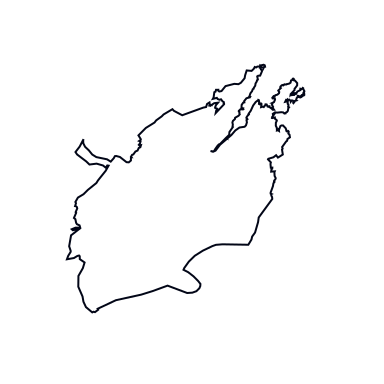 outline of Råde nor, Østfold, Norway, rotated 156°
{"feature_id": "86288312B77346500929668", "entity_name": "Råde nor", "entity_type": "district", "adm_level": 2, "iso_a3": "NOR", "parent_name": "Norway", "parent_adm1": "Østfold", "projection": "robinson", "projection_center": [10.836, 59.347], "detail": "fine", "context": "isolated", "style": "outline", "palette": "ink", "viewbox_px": 384, "rotation_deg": 156, "n_neighbors": 0, "source": "geoboundaries", "source_scale": "gbopen_adm2", "svg_char_len": 5931}
<svg xmlns="http://www.w3.org/2000/svg" viewBox="0 0 384 384"><g transform="rotate(156 192 192)"><path d="M91.4,196.4L85.4,199.9L84.3,200.1L83.2,201.6L80.3,202.1L79.6,204.7L80.2,206.2L79.1,207.8L79.3,208.6L80.6,208.7L81.0,209.6L80.6,210.3L80.5,212.2L81.8,215.8L83.3,216.4L84.4,216.3L87.4,213.3L87.7,212.4L88.3,213.4L89.3,213.6L88.5,214.6L89.0,214.7L88.4,216.2L88.5,218.4L87.2,221.2L85.5,222.6L85.4,223.1L86.4,225.2L86.0,226.4L88.4,226.8L88.7,227.0L88.3,227.4L88.4,227.8L85.3,229.6L86.5,230.0L86.4,230.5L83.7,231.0L82.0,229.9L78.0,228.6L76.3,227.6L75.7,226.1L74.6,225.8L74.4,226.3L72.5,226.5L71.4,227.2L69.9,229.4L68.9,229.9L69.5,230.8L68.6,232.0L68.3,232.9L68.7,233.4L68.5,234.3L67.5,236.0L70.2,236.5L68.6,237.9L68.1,237.4L67.1,237.8L67.0,236.9L65.6,236.9L64.9,235.4L65.1,234.3L63.7,235.1L62.8,234.6L62.4,233.9L63.3,232.3L63.2,231.9L61.8,232.6L61.4,233.4L59.5,233.2L59.7,233.5L58.1,235.3L57.1,235.7L56.3,236.9L55.4,236.3L55.7,235.2L54.6,234.3L53.9,234.3L54.1,234.8L53.4,235.4L52.5,235.0L52.2,235.8L51.2,235.4L50.8,234.7L50.4,234.8L50.6,235.4L51.6,235.8L50.0,236.6L49.5,236.2L49.4,236.5L50.0,236.7L49.8,237.4L48.3,238.4L48.5,240.9L48.2,241.6L48.5,242.0L49.2,241.4L50.5,241.5L51.4,241.0L50.6,242.0L51.0,242.3L51.8,241.0L54.9,240.9L57.0,239.3L57.4,239.4L56.9,240.2L58.0,240.3L59.1,239.1L60.2,239.5L59.9,241.1L58.8,241.1L59.6,241.7L61.7,240.0L62.2,240.3L61.3,240.9L62.5,240.5L62.0,241.3L56.9,243.4L56.4,244.5L52.6,246.6L51.6,248.7L52.6,251.9L53.4,252.5L53.0,253.7L53.2,254.3L53.9,254.5L55.0,253.5L56.2,253.6L57.5,251.8L59.0,251.5L61.5,251.9L62.2,252.4L61.9,252.1L62.4,251.9L63.6,252.7L65.2,252.2L65.6,252.5L65.3,252.8L66.6,253.0L68.4,252.3L68.9,251.5L68.6,250.8L71.9,249.6L71.8,248.8L72.6,248.5L71.7,248.4L71.6,247.9L72.4,246.8L74.5,246.2L76.5,246.5L77.6,245.8L78.4,246.4L80.3,245.4L80.3,244.7L78.3,243.8L78.6,242.6L80.5,240.8L82.6,240.7L82.2,240.4L83.5,239.2L83.3,236.7L84.1,236.1L83.6,233.8L84.8,234.3L85.1,235.0L84.9,236.5L85.7,236.4L86.7,238.1L86.0,239.7L86.9,238.3L88.2,239.3L88.2,241.6L89.1,242.2L88.8,242.5L89.1,242.4L89.6,241.6L91.9,240.4L92.4,241.1L94.4,241.4L92.7,244.1L92.7,245.0L92.1,245.2L94.4,244.5L95.0,245.2L93.8,247.5L93.6,248.8L93.9,249.1L94.4,248.3L95.0,248.8L97.2,248.3L100.9,246.2L105.3,242.3L108.4,240.5L108.4,239.7L109.0,239.4L108.7,239.1L109.5,239.5L111.9,238.0L112.2,237.6L111.8,236.6L112.1,236.3L111.9,235.9L113.0,235.5L113.5,233.3L115.6,230.9L117.4,230.2L122.4,231.6L127.4,230.6L132.9,228.0L147.1,223.8L153.7,220.2L156.4,220.2L158.4,221.9L156.2,220.5L154.3,220.5L154.4,221.0L153.3,221.8L149.6,224.0L147.7,224.6L147.2,224.3L139.2,227.5L138.8,227.1L138.9,227.6L133.7,229.5L134.3,229.4L134.4,229.8L133.4,231.6L128.3,234.7L128.5,235.1L127.3,236.9L126.8,239.1L125.7,240.3L123.1,241.2L122.4,242.3L118.5,242.7L116.8,243.5L116.7,244.7L116.1,245.7L116.5,246.5L116.2,247.1L114.2,247.8L111.6,246.7L111.5,245.8L111.4,246.8L113.6,247.7L112.5,248.6L111.9,247.5L111.4,247.8L112.6,248.7L111.2,251.4L108.9,252.8L106.8,252.4L107.8,252.8L107.4,253.8L104.1,255.5L101.0,255.0L101.1,255.6L100.2,255.6L100.5,256.2L98.5,258.4L96.1,259.7L94.7,261.2L93.6,261.3L93.2,262.0L91.0,263.4L89.8,265.3L87.9,266.6L87.2,267.6L86.1,267.9L85.4,271.1L84.3,271.3L82.4,270.6L79.0,273.8L78.5,274.9L79.2,275.8L79.1,277.5L78.7,278.0L78.1,278.1L78.1,277.7L76.4,276.9L76.5,275.9L75.3,276.9L74.3,276.7L74.0,278.1L74.8,279.1L76.7,279.5L78.5,279.0L78.0,279.7L78.2,280.0L79.0,279.1L81.3,280.0L82.8,279.7L83.8,280.7L85.5,279.4L88.3,278.4L92.6,280.8L96.0,277.0L97.7,274.5L102.9,271.9L105.7,271.6L109.4,273.6L118.3,275.1L124.0,272.2L126.2,272.7L126.8,273.9L126.4,274.7L128.5,275.6L129.7,274.1L131.0,274.1L133.8,269.6L135.1,268.6L131.0,267.9L130.8,266.6L129.4,265.1L127.8,264.9L127.2,262.3L126.4,261.3L126.7,259.9L127.1,259.8L127.1,259.1L138.2,254.5L136.8,256.5L135.0,257.2L135.3,258.1L136.6,259.1L136.5,259.9L134.7,261.7L131.9,263.0L135.6,264.1L138.0,263.7L138.6,263.2L139.4,263.9L140.2,263.3L141.0,263.9L140.3,264.5L139.6,266.7L142.4,266.3L144.6,263.9L147.3,264.5L169.7,266.1L175.5,273.5L176.2,275.6L186.4,274.4L188.9,273.4L195.6,272.0L198.0,270.7L208.1,269.3L217.9,265.5L217.3,261.0L217.9,260.4L219.5,260.1L218.5,259.1L219.8,257.5L221.4,256.7L221.0,255.7L219.6,255.5L221.0,253.9L222.7,253.9L224.9,252.0L227.2,252.0L230.3,250.2L231.6,250.3L233.4,249.0L233.2,248.3L233.7,248.5L235.0,245.6L237.7,244.8L239.7,245.9L243.6,253.3L246.7,255.8L247.9,256.1L249.7,254.7L253.9,252.8L256.3,256.4L265.2,262.8L267.9,266.8L269.3,272.0L271.3,276.8L271.5,280.7L270.5,283.3L269.6,284.4L276.1,279.2L282.2,275.9L281.7,273.0L276.2,263.0L274.5,258.8L267.6,256.7L262.5,252.4L260.9,249.3L258.6,250.7L257.5,250.0L262.2,246.5L273.2,240.8L275.7,239.1L286.2,236.3L292.0,234.1L298.5,233.3L302.6,230.3L302.5,229.0L304.5,226.7L303.9,226.4L303.3,225.1L303.5,223.7L306.5,220.9L306.3,220.1L310.4,216.3L309.6,214.6L310.4,211.0L310.2,209.4L308.3,207.2L308.7,204.4L309.4,204.2L309.5,204.9L310.2,205.6L313.0,206.8L317.0,206.9L316.4,205.5L309.6,204.2L320.1,201.6L326.3,192.4L326.8,187.4L327.3,186.6L331.1,184.0L333.6,181.4L326.7,179.7L322.8,180.2L321.0,179.9L320.7,179.0L321.8,176.3L318.8,171.3L322.7,166.8L329.9,161.5L334.4,151.7L334.5,141.1L335.8,135.9L335.7,130.0L332.1,122.6L330.7,122.7L329.5,121.7L325.6,122.6L325.7,123.7L305.5,124.1L280.2,118.9L268.3,117.5L252.4,116.4L237.5,101.7L232.6,99.9L228.3,99.6L224.4,101.1L222.7,102.7L221.7,104.6L222.6,108.2L224.9,114.3L228.1,120.3L231.4,124.4L230.0,125.7L223.2,129.7L215.4,132.6L205.9,134.0L195.4,134.3L191.6,134.0L185.4,131.8L162.0,120.9L157.0,124.4L155.2,126.8L150.9,129.3L143.9,137.6L141.4,141.6L121.5,153.0L120.9,154.8L121.0,156.3L120.6,157.9L120.2,157.9L120.8,158.6L120.4,159.5L115.6,164.5L114.1,166.8L112.8,167.5L113.1,167.8L112.3,169.0L110.8,169.6L109.9,170.6L110.0,173.1L108.7,176.5L108.0,177.2L111.4,178.4L110.1,180.5L109.2,180.7L108.7,181.6L110.1,182.2L108.9,185.7L107.9,187.0L109.3,190.9L108.8,191.3L103.5,190.6L100.2,191.4L99.5,188.5L93.8,189.3L92.5,194.2L91.6,194.7L91.4,196.4Z" fill="none" stroke="#020617" stroke-width="2"/></g></svg>